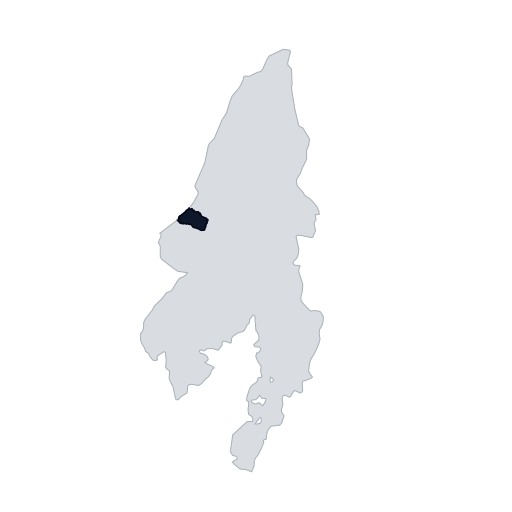 Ysyk-Ata, Chuy, Kyrgyzstan (highlighted), rotated 292°
{"feature_id": "92254566B31675215078110", "entity_name": "Ysyk-Ata", "entity_type": "district", "adm_level": 2, "iso_a3": "KGZ", "parent_name": "Kyrgyzstan", "parent_adm1": "Chuy", "projection": "albers", "projection_center": [74.932, 42.711], "detail": "fine", "context": "in_parent", "style": "filled", "palette": "ink", "viewbox_px": 512, "rotation_deg": 292, "n_neighbors": 0, "source": "geoboundaries", "source_scale": "gbopen_adm2", "svg_char_len": 6820}
<svg xmlns="http://www.w3.org/2000/svg" viewBox="0 0 512 512"><g transform="rotate(292 256 256)"><path d="M118.5,301.5L119.8,300.8L123.7,300.2L131.5,299.8L134.2,300.5L139.4,303.9L143.5,303.7L144.3,304.1L145.8,306.9L151.6,303.1L155.8,302.1L158.0,298.2L162.6,293.5L166.4,292.9L166.5,293.7L167.1,294.4L171.0,295.6L172.2,294.4L172.9,292.7L171.6,289.9L171.6,288.7L172.9,287.1L179.0,289.9L180.3,289.8L183.2,288.4L185.8,285.9L186.8,283.9L199.5,277.6L200.4,276.4L200.2,275.5L195.0,273.9L192.6,274.7L190.4,274.6L189.2,273.6L182.8,273.1L181.4,272.4L177.3,267.5L172.2,264.3L169.6,264.4L166.6,265.5L165.6,264.9L165.5,260.4L165.0,257.7L163.2,257.0L160.9,258.0L154.5,256.3L154.0,250.6L151.8,245.5L148.5,243.4L148.5,240.4L147.3,239.1L146.3,239.4L145.0,240.9L145.5,244.2L144.9,247.5L144.0,249.1L142.5,250.3L140.9,250.3L138.0,248.5L137.1,258.5L136.6,259.1L133.1,257.5L130.3,258.0L126.2,257.2L123.2,255.4L117.2,253.3L114.4,251.3L113.0,244.5L111.5,242.0L109.9,241.4L103.4,243.4L97.0,238.9L93.8,237.9L93.0,236.6L93.2,235.1L103.6,228.1L107.8,223.2L110.4,221.1L116.8,219.1L118.4,214.5L119.0,213.9L125.4,211.9L132.7,208.1L132.9,207.0L132.2,206.0L126.0,201.8L122.7,203.5L120.9,201.2L121.0,198.9L123.3,195.1L125.2,193.3L126.1,189.6L128.8,187.2L131.6,183.4L135.0,180.3L141.0,178.1L144.3,179.1L147.4,178.6L152.3,176.8L155.2,176.8L167.5,180.2L171.5,180.5L181.0,184.7L188.5,186.8L192.1,190.7L204.1,192.6L207.4,193.8L208.6,195.6L212.0,198.0L214.9,198.6L212.5,189.5L213.6,184.2L217.7,169.6L219.7,167.4L229.5,163.4L231.8,160.4L238.8,160.5L240.3,160.0L241.1,158.3L262.7,171.2L271.0,174.8L282.4,178.1L292.0,179.1L293.7,178.3L297.5,173.3L299.3,173.0L323.3,173.6L340.3,170.5L342.8,170.6L349.2,173.3L369.5,173.5L377.5,175.1L390.1,173.9L395.4,174.0L405.2,177.2L408.6,177.8L414.8,178.1L417.2,177.4L418.6,178.1L420.2,182.6L426.4,188.1L428.8,191.1L431.1,192.2L442.4,192.5L446.7,193.5L457.8,203.8L459.5,210.0L458.5,211.4L447.4,212.9L445.0,214.0L442.6,218.9L427.9,225.5L425.7,225.5L406.1,237.4L392.6,247.1L392.2,251.6L384.4,261.9L378.3,263.4L373.1,263.3L364.6,266.7L353.6,265.9L349.8,266.2L342.6,265.0L339.7,265.8L336.6,267.9L332.5,276.0L330.8,278.0L330.1,279.8L329.5,283.7L327.9,287.9L324.4,294.2L321.4,297.2L318.5,299.1L316.2,295.3L312.4,298.0L308.9,297.5L306.8,298.3L301.9,301.7L294.6,301.6L293.8,300.5L292.3,291.4L291.0,287.0L290.0,286.1L288.7,286.0L278.3,293.2L273.5,294.5L269.5,294.7L264.4,292.6L263.2,293.1L262.3,294.3L262.0,295.8L263.5,299.8L263.0,300.6L260.7,300.6L257.4,301.5L247.4,309.9L241.0,312.1L235.1,312.9L231.6,314.4L229.6,317.5L225.6,326.2L225.7,328.0L227.3,330.4L228.5,335.7L228.2,337.0L224.9,341.3L220.9,342.6L217.7,343.2L211.6,342.5L208.5,343.3L202.6,346.6L197.9,347.1L188.9,346.9L180.1,345.5L177.2,345.8L169.4,347.6L166.6,350.6L165.1,353.3L164.4,353.7L161.3,351.0L157.5,346.4L155.5,346.4L148.4,349.8L147.4,349.7L145.4,348.2L145.9,342.5L143.7,341.3L138.9,340.8L137.4,339.5L138.0,335.9L137.5,334.4L136.4,333.4L133.9,333.5L128.8,336.4L122.9,337.2L120.8,338.1L118.4,341.9L110.6,342.4L108.1,341.4L103.8,333.8L99.8,332.4L95.7,332.5L90.0,334.1L88.8,332.4L87.4,331.9L86.0,333.1L79.2,333.0L72.3,332.4L68.4,331.2L65.8,331.1L60.6,332.8L54.3,332.8L54.1,325.9L52.5,321.1L54.9,313.6L56.1,311.2L60.6,314.4L62.3,314.0L62.8,312.5L62.3,309.1L64.9,305.5L81.5,301.4L99.1,309.8L101.3,314.8L102.8,314.7L105.5,312.6L106.4,308.5L110.1,306.4L118.0,304.0L118.5,301.5ZM127.0,318.8L127.4,318.2L126.2,314.5L128.2,311.3L124.5,310.6L122.7,309.5L120.8,306.0L120.1,305.8L119.0,306.7L118.3,308.9L118.7,311.3L121.2,313.7L119.7,318.4L125.1,319.2L127.0,318.8ZM107.9,321.2L107.9,320.2L106.6,319.7L99.9,318.0L100.1,319.0L102.5,322.6L104.5,322.9L107.9,321.2ZM148.6,316.9L149.1,314.7L145.0,315.9L144.5,317.0L145.8,318.4L147.6,319.0L148.6,316.9Z" fill="#d9dde1" stroke="#a8b0b8" stroke-width="1"/><path d="M260.2,170.5L259.8,170.7L259.8,171.2L259.2,171.2L259.2,170.8L258.9,171.3L258.8,171.7L258.8,172.1L258.6,172.5L258.3,172.7L258.1,173.2L258.3,173.6L258.1,173.8L258.0,174.6L258.2,174.3L258.6,174.3L258.3,175.7L258.5,175.8L258.4,176.1L258.5,176.4L259.1,176.6L259.2,177.8L259.7,179.1L259.6,179.9L260.3,180.1L260.4,180.3L260.4,180.8L260.3,181.5L260.2,182.3L260.4,182.7L260.8,183.1L261.0,183.6L260.9,184.0L260.6,184.6L260.2,185.2L259.8,185.7L259.6,186.1L259.3,186.6L259.1,187.3L259.2,188.1L259.3,189.0L259.4,189.5L259.5,190.4L259.5,190.9L259.5,191.7L259.6,192.7L259.4,193.6L259.3,194.4L259.2,195.4L259.4,195.8L259.5,196.2L260.0,197.2L260.2,197.5L260.6,198.1L260.8,198.5L261.2,198.4L261.3,198.4L261.6,198.4L262.1,198.5L262.2,198.4L262.3,198.4L262.5,198.3L262.8,198.3L263.0,198.3L263.3,198.3L263.5,198.4L263.6,198.2L263.8,198.2L263.8,198.3L264.0,198.3L264.1,198.2L264.3,198.1L264.5,198.1L264.8,197.9L264.9,198.0L265.0,198.0L265.3,198.3L265.5,198.2L265.8,198.1L266.0,197.9L266.3,197.6L266.4,197.8L266.5,197.8L267.0,197.9L267.1,198.0L267.3,198.0L267.7,198.3L267.9,198.3L268.2,198.3L268.6,198.2L268.7,197.9L268.8,197.9L269.0,197.8L269.3,197.8L269.4,197.7L269.5,197.3L269.8,197.3L270.0,197.3L270.2,197.5L270.4,198.0L270.5,198.1L271.4,198.0L271.7,197.6L271.8,197.0L272.0,196.5L272.3,196.1L272.4,195.6L272.4,194.8L272.3,194.1L272.4,193.1L272.4,192.3L272.4,191.4L272.5,190.7L272.8,190.2L273.3,189.8L273.6,189.4L273.5,189.0L273.7,188.8L274.2,188.8L274.4,188.8L274.6,188.6L274.8,188.1L274.8,187.5L274.5,187.5L274.4,187.9L274.2,188.1L273.9,188.1L273.6,188.0L273.5,187.8L273.6,187.5L273.9,187.3L274.1,187.2L274.5,187.2L275.0,186.8L275.3,186.2L275.4,185.9L275.2,185.3L274.8,184.5L274.3,183.5L274.1,183.0L273.9,182.7L273.8,182.4L273.8,181.8L273.9,181.5L274.0,181.4L275.1,181.7L275.1,181.4L275.1,181.1L274.8,180.4L274.9,180.0L275.3,179.7L275.6,179.5L275.8,179.2L275.8,178.9L275.8,178.6L275.6,178.4L275.3,178.2L274.9,177.9L274.8,177.6L274.8,177.1L275.3,176.4L275.4,176.1L275.2,176.1L274.9,176.0L274.7,176.0L274.6,175.9L274.2,175.7L273.9,175.4L273.7,175.4L273.5,175.2L273.4,175.2L273.2,175.1L273.0,174.9L272.9,174.8L272.8,174.7L272.6,174.5L272.4,174.5L272.3,174.4L272.2,174.3L271.9,174.4L271.6,174.3L271.5,174.2L271.2,173.9L270.9,173.9L270.8,174.0L270.7,174.0L270.5,173.9L270.4,173.9L270.2,173.8L270.1,173.7L269.9,173.6L269.7,173.5L269.6,173.4L269.3,173.3L269.2,173.1L268.9,172.9L268.7,172.9L268.4,172.8L268.2,172.8L268.2,172.7L267.9,172.4L267.7,172.3L267.4,172.2L267.1,172.0L267.0,171.9L266.9,171.9L266.7,171.9L266.7,172.0L266.5,171.9L266.5,171.7L266.4,171.6L266.2,171.5L265.9,171.5L265.8,171.4L265.7,171.3L265.7,171.2L265.4,171.0L265.3,170.9L265.3,171.0L265.2,170.9L265.0,171.0L264.9,170.9L264.7,170.7L264.6,170.4L264.4,170.3L264.2,170.3L264.1,170.2L263.9,170.2L263.6,170.1L263.4,170.0L263.3,169.9L263.2,170.0L262.9,170.1L262.7,170.0L262.4,170.1L262.4,170.3L262.2,170.1L261.9,170.1L261.7,170.1L261.4,170.1L261.3,170.3L261.2,170.4L261.2,170.5L261.1,170.4L261.0,170.5L260.9,170.5L260.8,170.4L260.7,170.5L260.4,170.6L260.2,170.5L260.2,170.5Z" fill="#0f172a" stroke="#020617" stroke-width="1.5"/></g></svg>